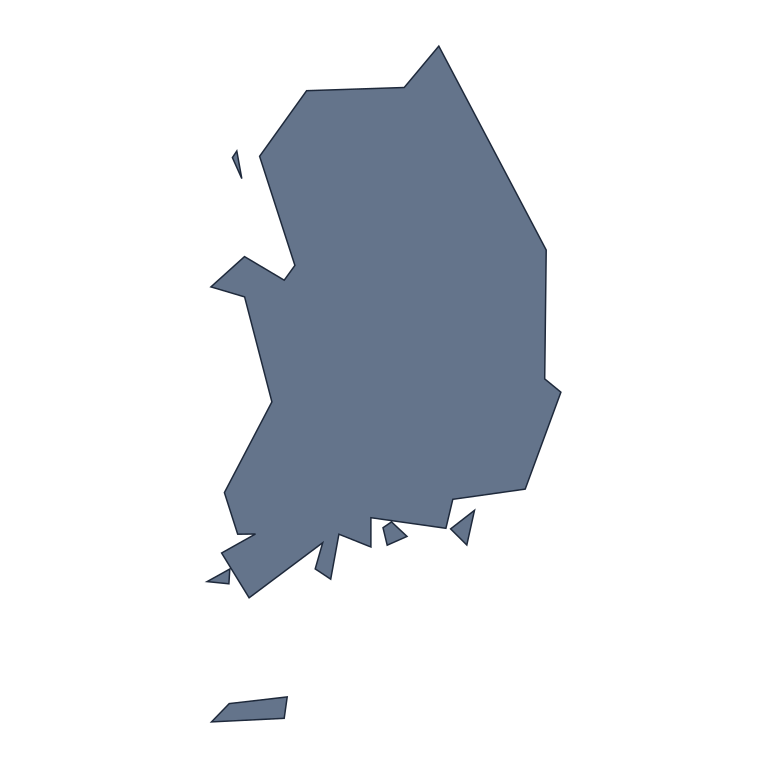 SVG path tracing the border of South Korea
{"feature_id": "KOR", "entity_name": "South Korea", "entity_type": "country or territory", "adm_level": 0, "iso_a3": "KOR", "parent_name": "Asia", "parent_adm1": "", "projection": "mercator", "projection_center": [127.333, 35.912], "detail": "coarse", "context": "isolated", "style": "filled", "palette": "slate", "viewbox_px": 768, "rotation_deg": 0, "n_neighbors": 0, "source": "natural_earth", "source_scale": "50m", "svg_char_len": 734}
<svg xmlns="http://www.w3.org/2000/svg" viewBox="0 0 768 768"><path d="M259.6,156.3L306.6,90.7L404.2,87.5L438.8,46.1L546.2,250.0L544.7,378.9L560.9,392.2L525.2,489.1L452.8,499.3L445.9,528.3L370.9,517.7L370.9,547.0L338.9,534.2L330.7,579.2L315.2,568.9L322.7,542.7L249.1,597.8L221.6,553.0L255.5,534.0L237.7,534.2L224.4,492.6L271.9,401.9L244.6,296.9L210.9,286.9L244.5,256.6L284.2,280.2L294.9,265.4L259.6,156.3ZM284.2,718.3L211.5,721.9L229.2,703.6L287.2,696.9L284.2,718.3ZM474.5,510.3L466.8,545.0L450.6,528.9L474.5,510.3ZM407.0,536.4L387.2,545.2L383.0,527.7L391.5,521.9L407.0,536.4ZM228.9,583.8L207.1,581.6L229.8,569.0L228.9,583.8ZM236.8,151.0L241.8,178.6L232.4,157.6L236.8,151.0Z" fill="#64748b" stroke="#1e293b" stroke-width="1.5"/></svg>